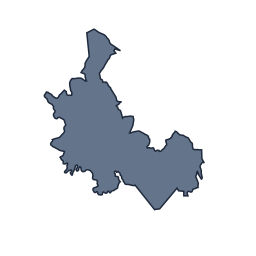 Santiago Xanica, Oaxaca, Mexico, rotated 27°
{"feature_id": "50627088B68084107278536", "entity_name": "Santiago Xanica", "entity_type": "district", "adm_level": 2, "iso_a3": "MEX", "parent_name": "Mexico", "parent_adm1": "Oaxaca", "projection": "robinson", "projection_center": [-96.226, 16.017], "detail": "fine", "context": "isolated", "style": "filled", "palette": "slate", "viewbox_px": 256, "rotation_deg": 27, "n_neighbors": 0, "source": "geoboundaries", "source_scale": "gbopen_adm2", "svg_char_len": 5897}
<svg xmlns="http://www.w3.org/2000/svg" viewBox="0 0 256 256"><g transform="rotate(27 128 128)"><path d="M171.5,109.5L171.7,109.9L171.1,111.9L171.0,112.0L170.8,114.4L170.8,115.2L171.0,115.3L171.0,116.0L170.9,117.0L170.6,117.1L170.6,117.9L168.8,120.1L167.9,120.8L167.2,121.6L167.9,122.9L169.9,124.9L170.0,125.6L169.6,126.9L169.3,130.1L168.5,131.5L168.1,133.2L167.4,134.1L166.6,134.6L165.8,133.9L164.0,134.6L163.1,136.1L162.4,136.2L161.3,135.5L160.4,134.6L160.0,134.6L159.8,134.3L159.5,134.2L157.8,135.4L156.5,136.0L156.1,135.8L155.2,136.1L154.9,136.4L154.9,136.6L154.2,137.0L153.7,136.8L153.4,136.0L153.4,135.6L154.0,134.1L154.1,133.6L153.9,131.6L153.7,130.7L152.8,128.6L152.3,128.2L151.1,127.7L149.8,126.1L147.4,125.7L146.8,125.9L144.5,125.7L139.6,125.6L138.6,126.0L137.9,126.5L135.8,128.1L133.9,129.7L133.3,130.5L131.7,131.7L131.2,123.6L129.4,118.0L127.3,115.4L124.5,116.4L123.8,117.0L123.0,117.5L122.5,118.0L120.5,118.9L120.0,119.3L119.4,120.2L119.2,120.2L118.7,121.7L114.9,117.4L113.1,115.8L112.3,115.9L111.6,115.8L110.7,115.5L110.0,115.0L109.7,114.5L109.2,114.1L108.6,114.1L108.1,113.6L107.7,113.6L107.4,113.4L109.0,111.1L109.0,109.9L109.7,108.5L109.9,108.4L109.8,107.9L107.9,108.8L105.7,108.9L103.3,106.0L94.9,100.9L94.2,100.1L92.9,99.8L92.4,99.5L91.4,99.2L90.7,98.8L90.1,98.1L88.6,97.2L88.0,97.0L87.5,97.2L87.1,97.7L86.8,97.5L84.8,98.6L84.4,98.2L84.1,97.7L83.3,96.9L82.6,96.7L82.3,96.8L81.1,96.6L77.6,92.2L77.9,91.0L78.0,89.3L78.8,85.6L78.8,82.4L79.2,76.6L79.3,75.8L79.7,74.9L79.8,74.2L79.4,72.0L79.4,71.1L80.1,70.0L83.2,66.9L80.3,65.5L80.5,63.5L86.2,62.5L74.4,61.0L73.6,60.6L72.6,60.0L71.8,58.9L70.1,57.8L68.5,57.3L66.4,56.2L64.2,55.7L58.8,56.1L52.9,55.3L48.1,61.9L60.7,81.5L61.0,81.8L60.4,86.8L60.4,89.3L60.6,90.4L61.1,91.2L61.6,92.4L61.9,94.1L61.7,95.2L61.1,97.6L61.0,99.9L64.4,99.6L65.3,99.7L65.9,100.5L66.9,102.4L67.8,103.0L68.6,104.3L69.6,104.9L68.4,105.5L64.6,104.9L63.5,104.9L60.8,106.2L58.2,108.1L57.2,108.7L55.8,109.2L55.3,111.2L55.3,113.0L55.8,114.9L57.6,117.7L58.4,118.5L59.6,120.3L60.0,120.7L61.8,121.8L62.8,123.9L62.8,124.5L61.3,125.2L60.6,125.7L58.8,126.2L57.8,125.5L56.5,123.6L54.1,123.2L52.6,128.3L51.9,129.6L52.0,131.6L51.8,132.5L51.4,133.4L50.9,133.9L50.1,134.1L48.4,134.0L46.5,133.8L45.6,133.2L44.1,132.8L41.2,132.8L40.8,132.5L40.2,132.6L39.2,132.8L38.8,133.5L39.2,134.5L38.7,135.7L38.6,136.4L38.8,137.3L39.6,138.1L41.1,138.4L42.7,139.0L45.2,141.1L46.3,141.4L48.4,141.5L49.3,141.4L50.2,141.8L50.6,142.1L51.6,142.4L52.1,143.1L52.4,144.2L53.8,145.2L54.4,145.4L55.4,146.0L55.6,147.1L55.4,148.2L55.4,149.5L55.6,150.2L56.5,151.2L57.9,152.2L59.3,152.4L60.0,152.2L60.5,151.9L61.2,150.2L62.0,149.6L66.7,149.7L67.7,150.1L70.1,152.6L70.9,153.2L71.1,153.6L71.1,154.4L70.7,155.9L70.8,156.8L71.6,158.3L72.7,159.2L73.0,160.0L72.9,161.9L72.1,164.1L71.6,166.4L71.0,167.7L70.6,168.2L68.5,170.0L67.2,171.3L66.4,172.0L66.0,172.6L66.4,172.6L66.7,173.6L66.2,176.0L66.2,176.9L66.3,177.4L66.9,178.0L67.4,178.3L68.9,178.4L69.5,178.7L74.6,178.7L76.5,178.9L78.1,178.8L81.9,177.8L82.3,178.1L82.3,179.7L82.6,181.5L82.5,182.3L81.9,183.3L81.5,183.5L80.8,184.6L80.8,185.0L82.1,185.6L82.9,186.4L84.2,186.6L85.4,187.0L86.1,188.6L86.6,189.2L88.1,188.7L88.7,188.2L89.3,187.2L90.2,186.9L90.4,187.3L90.7,188.3L90.7,189.3L92.1,191.4L92.0,193.0L91.4,195.1L91.4,196.0L91.6,196.3L92.0,196.4L92.6,196.4L93.4,195.9L94.0,193.9L94.4,193.3L96.0,191.4L96.8,191.2L97.2,191.4L97.3,192.2L97.0,194.2L98.9,195.5L99.5,195.4L99.7,195.1L99.6,194.5L99.1,192.9L99.2,190.9L99.1,189.2L98.8,187.2L98.5,186.7L98.4,185.9L98.5,185.2L98.9,184.5L99.6,184.2L99.9,184.3L100.2,184.7L100.5,185.4L100.7,186.1L100.6,186.9L100.7,188.5L101.2,189.2L101.6,189.4L102.2,189.4L102.8,188.9L103.1,188.2L102.4,185.7L102.6,184.5L103.3,184.2L103.8,184.4L104.4,185.4L105.8,187.1L107.3,187.5L108.9,186.6L109.4,185.7L109.9,184.2L110.8,183.6L112.1,183.2L114.0,183.2L115.2,183.6L116.7,184.3L118.1,185.9L119.2,188.8L119.7,189.3L120.9,189.6L122.3,189.0L123.6,188.8L125.0,189.3L125.7,191.5L126.7,192.4L127.2,192.5L127.5,192.8L127.7,193.2L126.2,195.5L125.1,196.4L124.4,197.6L124.5,198.3L125.2,199.4L126.5,200.1L127.2,200.6L128.1,200.3L128.7,199.7L128.9,199.0L129.3,198.8L129.9,198.9L130.5,199.5L130.6,200.0L132.3,200.7L133.9,200.0L134.4,199.9L135.0,199.5L135.3,198.9L134.8,197.1L134.9,196.4L135.4,196.1L136.8,196.3L138.0,196.1L138.7,195.4L138.7,193.7L139.1,193.3L139.7,193.1L140.3,193.7L141.1,193.9L141.8,193.6L141.8,192.4L142.1,191.6L142.4,191.2L143.1,190.7L143.8,190.0L144.5,188.5L145.6,187.0L145.9,186.0L145.3,184.2L145.0,182.1L145.0,181.0L145.5,179.4L144.9,179.2L143.1,178.2L141.9,176.4L141.1,175.9L139.0,176.7L138.4,176.6L138.2,175.8L137.6,175.2L137.4,174.7L136.5,174.2L135.9,173.3L135.9,172.9L136.1,172.4L136.4,172.1L137.4,172.2L137.8,172.5L138.3,172.5L138.9,171.3L141.6,172.1L142.6,173.6L143.9,173.8L144.9,174.9L145.1,175.5L146.0,176.1L147.0,176.5L147.8,177.0L148.0,177.6L148.5,177.9L149.1,178.0L150.6,179.1L151.6,179.2L154.2,178.0L155.1,177.8L155.9,177.7L159.5,176.7L160.3,175.7L188.8,188.7L189.4,188.0L192.9,185.7L199.0,159.3L201.5,161.0L206.5,159.1L208.5,163.1L212.2,161.3L211.3,160.2L210.5,159.7L210.1,159.0L210.2,157.5L210.5,157.2L211.4,156.7L212.7,156.7L213.8,156.0L213.9,154.4L213.7,153.2L214.0,152.6L215.7,151.2L216.4,149.9L217.4,149.3L216.7,147.8L216.3,147.4L216.2,146.6L216.0,145.8L215.6,145.2L211.6,141.5L210.6,140.9L210.2,139.5L210.1,138.1L209.4,135.9L209.5,135.3L210.7,136.1L211.6,137.2L212.4,137.7L216.3,140.1L216.8,140.1L216.8,139.2L216.5,138.2L214.4,135.8L213.3,134.1L213.0,133.3L212.2,132.2L209.9,130.0L209.4,128.6L209.7,125.7L210.1,124.4L211.8,124.6L207.7,121.7L203.5,114.0L200.3,115.6L199.6,115.6L198.9,116.3L197.9,116.6L196.7,117.2L195.8,117.3L194.7,116.3L194.2,115.6L193.8,115.2L192.6,112.9L192.0,112.4L189.7,111.8L188.8,111.1L186.1,109.5L182.7,109.7L180.6,109.4L178.8,110.1L177.1,110.6L176.7,110.6L176.0,110.2L175.1,110.1L174.3,109.7L173.1,109.4L172.5,109.3L171.5,109.5Z" fill="#64748b" stroke="#1e293b" stroke-width="1.5"/></g></svg>